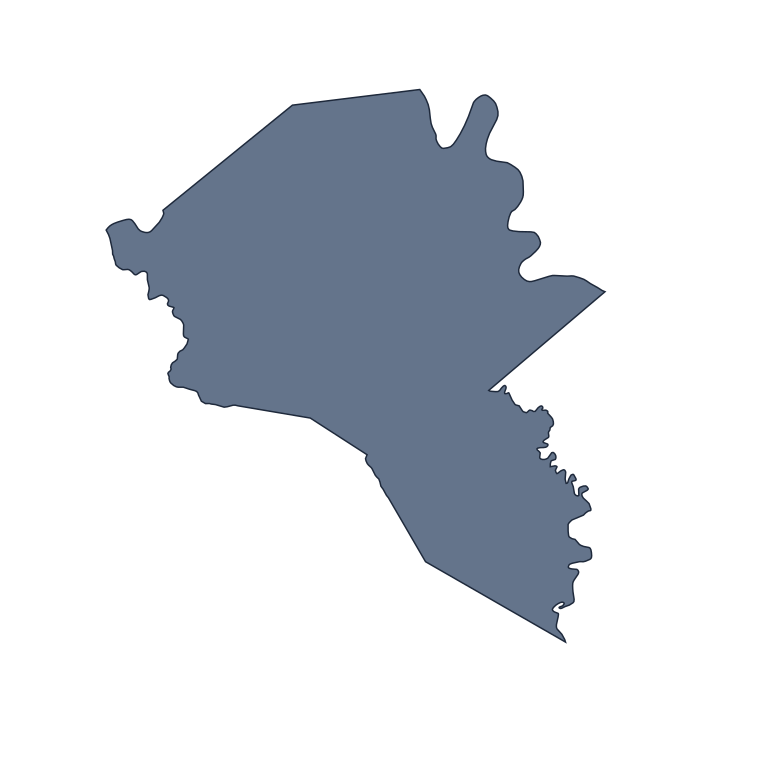 Potrerillos, Cortés, Honduras, rotated 347°
{"feature_id": "27666195B96940721664513", "entity_name": "Potrerillos", "entity_type": "district", "adm_level": 2, "iso_a3": "HND", "parent_name": "Honduras", "parent_adm1": "Cortés", "projection": "mercator", "projection_center": [-87.952, 15.183], "detail": "fine", "context": "isolated", "style": "filled", "palette": "slate", "viewbox_px": 768, "rotation_deg": 347, "n_neighbors": 0, "source": "geoboundaries", "source_scale": "gbopen_adm2", "svg_char_len": 6170}
<svg xmlns="http://www.w3.org/2000/svg" viewBox="0 0 768 768"><g transform="rotate(347 384 384)"><path d="M207.7,165.0L207.8,168.1L207.3,169.3L205.3,172.0L201.4,175.9L192.2,182.2L190.6,183.0L189.0,183.3L187.3,183.2L185.1,182.5L182.6,181.1L181.0,179.9L179.4,177.6L177.3,171.7L175.6,168.2L174.4,166.9L172.6,166.1L170.2,165.8L166.6,165.9L161.0,166.3L156.8,166.9L154.5,167.5L152.3,168.4L150.2,169.7L147.9,171.5L149.2,176.5L149.7,180.5L149.5,192.9L148.8,196.5L149.3,198.6L149.3,201.3L149.7,204.4L149.5,206.8L149.8,208.1L152.1,211.2L155.0,213.8L156.0,214.1L160.1,214.7L161.6,215.5L163.4,217.7L165.3,220.9L166.0,221.5L166.8,221.8L167.9,221.6L172.1,220.0L173.2,219.8L175.8,220.2L176.9,220.9L177.7,221.7L178.0,222.4L178.2,223.4L176.9,229.2L176.9,237.1L176.6,238.5L175.7,240.7L174.1,243.9L173.9,247.5L174.0,248.2L174.6,249.0L175.9,249.1L180.6,248.5L184.8,247.4L187.0,247.3L188.7,248.0L191.6,250.8L192.6,252.3L192.9,253.8L192.7,254.8L191.0,257.2L191.1,258.5L192.2,259.8L196.1,261.9L196.5,262.3L196.0,263.4L194.7,264.8L194.1,266.1L194.2,268.2L194.6,270.2L195.3,271.2L200.2,275.3L201.2,277.2L202.0,279.9L202.1,281.4L199.8,290.1L199.6,292.0L200.2,293.4L203.0,295.8L203.4,296.3L203.3,296.6L201.1,300.6L197.6,303.9L195.6,305.4L192.4,306.2L190.3,307.7L189.6,308.9L188.3,312.9L187.9,313.5L185.5,314.8L182.7,315.8L181.0,317.5L179.9,319.8L179.9,321.4L179.6,322.1L178.4,323.3L176.6,324.1L175.8,325.1L175.9,326.5L176.3,328.6L175.8,330.2L175.8,332.3L176.0,333.8L176.5,335.1L178.8,338.2L181.0,340.0L182.7,340.8L187.8,342.0L193.2,345.3L198.3,348.0L199.7,349.1L200.6,350.7L200.8,353.1L202.2,359.7L205.6,362.9L209.7,363.8L211.0,364.6L215.1,366.1L223.0,370.6L226.2,370.9L232.2,370.7L234.4,371.2L237.0,372.5L304.5,400.6L351.6,449.1L349.2,452.6L349.2,454.9L349.8,457.8L350.7,459.6L352.7,462.5L353.3,463.9L355.0,471.0L356.0,473.0L357.6,475.4L358.0,478.7L358.0,482.9L359.5,486.4L361.4,493.2L362.7,495.8L384.5,566.5L502.8,676.3L502.6,673.7L501.0,667.9L497.5,661.6L497.3,660.4L497.4,659.1L497.9,657.2L501.2,650.2L502.1,647.9L502.2,647.0L502.0,646.6L498.9,644.5L498.1,643.7L497.4,642.5L497.4,641.3L498.8,639.9L501.6,638.2L504.1,637.2L506.8,636.6L508.4,636.6L509.4,637.0L510.1,637.8L510.1,638.7L508.2,640.3L505.3,640.7L504.5,641.0L504.3,641.3L504.4,641.7L505.3,642.4L506.6,642.5L510.4,641.6L514.9,641.1L518.9,639.7L520.1,638.7L520.8,636.6L521.4,628.9L521.8,626.1L522.4,623.0L523.1,620.6L523.9,619.2L525.1,617.8L530.2,613.1L531.1,611.8L531.4,610.8L531.1,609.2L530.2,608.0L525.3,606.4L523.7,605.6L522.7,604.8L522.4,604.2L522.6,603.3L523.6,601.9L524.8,601.3L527.2,601.0L534.8,601.1L538.2,602.0L540.5,602.0L545.1,601.2L546.2,600.7L547.0,599.9L547.7,598.1L548.2,594.9L548.3,592.1L547.9,590.4L546.9,589.4L542.0,587.2L539.5,585.5L538.3,584.3L535.2,578.4L532.4,577.0L530.3,575.0L529.9,574.3L529.8,573.0L530.3,568.8L531.8,562.2L533.2,560.8L535.4,559.4L536.8,558.7L548.9,556.6L551.2,555.1L552.5,554.5L554.7,553.7L556.6,553.8L557.2,553.4L557.5,552.0L556.9,546.7L555.0,543.6L552.6,540.1L551.9,538.1L551.8,536.5L552.2,535.3L552.9,534.7L558.2,533.2L559.2,532.5L559.4,531.8L558.8,530.1L558.2,529.2L557.6,528.7L555.3,528.3L551.9,528.7L550.8,529.3L550.0,530.2L548.8,536.3L548.2,536.6L547.5,536.6L546.1,535.8L545.2,534.6L544.9,533.5L545.3,526.7L544.7,522.2L545.0,521.5L545.4,521.1L548.6,521.1L549.2,520.9L549.6,520.6L549.7,519.4L548.5,515.2L548.1,514.7L547.3,514.5L545.8,514.8L544.8,515.8L542.7,518.2L540.9,521.3L539.9,521.9L539.1,521.8L539.1,517.5L541.2,510.8L541.1,509.8L540.8,508.8L540.0,508.0L538.8,508.0L536.5,508.5L533.1,510.1L532.3,510.2L531.7,508.9L531.6,506.6L533.9,503.7L533.9,503.3L533.3,502.7L532.2,502.2L527.4,502.0L528.1,499.2L529.4,496.7L530.0,496.4L534.0,496.0L534.6,495.2L535.1,493.9L535.2,492.4L534.9,491.0L534.3,489.7L533.3,488.7L531.9,488.7L526.8,493.2L524.8,493.6L523.3,493.6L521.2,493.1L519.9,492.3L519.2,491.3L519.2,490.5L520.7,486.3L519.8,484.4L518.6,482.9L518.4,482.1L518.6,481.4L519.2,481.1L521.6,481.1L525.1,481.8L527.3,482.0L528.5,481.7L529.6,481.0L530.1,480.2L529.9,479.3L526.2,476.9L526.0,476.4L526.1,475.8L527.5,474.7L532.0,473.1L532.5,472.7L532.9,471.8L533.2,468.6L533.8,467.4L535.1,466.4L536.2,463.8L539.0,462.6L540.1,461.1L540.5,458.8L540.4,456.1L539.7,454.2L536.9,449.3L537.4,448.1L537.2,447.1L535.9,445.9L532.6,445.3L532.2,445.1L532.1,444.1L533.2,443.4L533.5,442.3L533.1,441.3L532.2,440.7L530.8,440.9L528.8,441.8L525.1,444.7L523.3,444.3L522.4,443.3L520.3,442.2L519.2,442.5L517.5,443.6L516.2,444.0L513.4,442.3L512.8,441.2L510.8,435.7L508.0,434.2L507.2,433.6L506.9,433.0L505.2,428.5L503.7,420.9L503.1,420.5L501.9,420.9L500.4,420.8L499.8,420.7L499.5,420.4L499.5,419.7L499.8,418.9L501.7,416.0L502.2,414.8L502.2,413.7L501.5,412.7L500.9,412.6L499.8,412.9L497.6,414.3L495.2,416.3L493.5,417.0L491.2,416.6L486.4,415.1L485.4,414.6L484.6,413.8L620.1,343.8L617.5,341.9L614.3,338.6L607.5,332.4L604.6,329.2L602.3,327.0L598.5,324.5L593.2,321.5L591.2,320.9L586.7,320.1L575.2,316.8L572.6,316.2L569.0,316.2L554.0,317.3L550.7,317.3L548.7,316.9L546.4,315.8L544.2,313.7L542.1,310.8L540.9,308.0L540.5,305.4L541.0,302.8L542.4,300.1L544.7,297.2L546.2,296.0L548.4,294.8L550.3,294.0L553.7,293.1L556.0,292.1L562.0,288.6L564.9,286.5L566.4,285.0L567.7,283.1L568.3,281.3L568.1,278.3L567.5,275.0L566.0,271.9L564.5,270.1L561.3,268.8L549.8,265.9L544.1,263.9L540.9,262.2L540.2,261.0L539.8,259.6L540.1,257.3L541.3,253.9L543.5,249.4L545.9,245.9L547.3,244.6L550.9,243.4L554.2,241.1L557.9,237.6L559.7,235.5L561.1,233.5L562.1,231.4L563.0,228.2L565.1,217.4L565.0,212.6L564.1,208.2L562.8,205.3L560.4,202.3L557.0,198.8L553.9,196.1L543.8,192.2L539.1,189.6L537.5,188.2L536.3,186.6L535.6,185.2L535.2,183.4L535.3,180.4L535.9,177.3L537.6,172.9L539.9,168.5L543.3,163.4L553.3,151.7L555.4,148.1L556.3,144.3L556.3,139.6L555.8,135.8L554.5,132.8L552.3,129.5L550.3,127.0L549.2,126.0L547.8,125.2L545.4,124.9L543.2,125.2L540.5,126.1L537.8,127.4L535.5,129.0L534.4,130.1L526.5,142.3L520.5,150.4L514.6,157.3L509.4,162.6L505.5,166.0L502.7,167.6L501.4,167.9L499.1,168.1L494.9,167.8L493.4,167.1L492.1,165.3L490.7,162.2L490.0,159.3L489.8,157.0L490.6,153.8L490.6,152.2L488.9,144.8L488.5,140.8L488.9,135.4L489.9,127.1L489.9,121.7L489.1,116.7L488.1,112.6L485.1,105.1L357.5,91.7L207.7,165.0Z" fill="#64748b" stroke="#1e293b" stroke-width="1.5"/></g></svg>